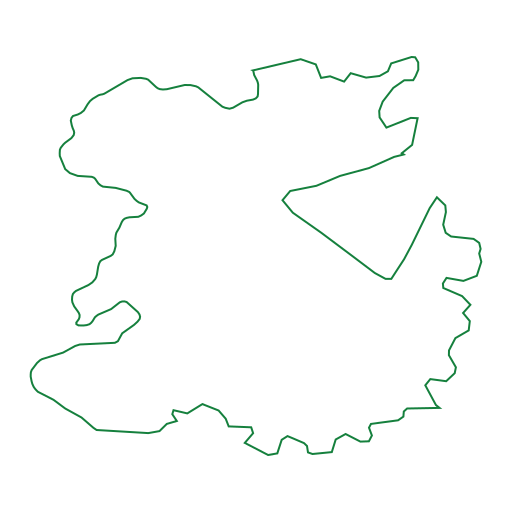 Shropshire, Robinson projection
{"feature_id": "GBR-2779", "entity_name": "Shropshire", "entity_type": "Unitary Single-Tier County", "adm_level": 1, "iso_a3": "GBR", "parent_name": "United Kingdom", "parent_adm1": "", "projection": "robinson", "projection_center": [-2.808, 52.647], "detail": "fine", "context": "isolated", "style": "outline", "palette": "green", "viewbox_px": 512, "rotation_deg": 0, "n_neighbors": 0, "source": "natural_earth", "source_scale": "10m", "svg_char_len": 3214}
<svg xmlns="http://www.w3.org/2000/svg" viewBox="0 0 512 512"><path d="M65.2,169.1L59.8,156.0L59.7,153.1L59.9,149.7L60.8,147.7L63.5,144.3L65.2,142.7L71.4,138.1L73.7,135.1L74.2,132.7L73.8,130.7L72.7,128.2L71.8,125.4L70.8,120.6L71.5,117.9L73.0,116.0L77.8,114.5L80.8,113.0L83.9,110.5L87.6,104.3L90.0,101.1L92.7,98.8L98.5,95.3L100.3,94.7L102.6,94.3L104.3,93.7L127.5,80.1L132.5,78.3L140.7,77.9L146.1,78.8L148.2,79.7L155.8,86.8L157.6,88.2L159.7,89.1L162.9,89.5L166.9,89.2L184.7,85.0L190.6,85.1L196.0,86.3L198.3,87.4L222.4,106.7L225.2,107.8L229.5,108.7L233.1,107.7L242.4,102.3L246.9,100.7L253.0,99.6L255.8,98.4L257.6,96.5L258.0,94.1L258.2,84.7L257.8,82.6L257.1,80.6L254.2,75.1L253.2,70.5L253.0,70.4L300.7,59.2L315.8,64.4L321.1,77.9L330.1,76.3L344.1,81.6L350.7,73.2L366.1,77.6L379.5,76.0L387.9,71.3L391.2,63.4L411.6,57.0L415.2,57.3L418.2,62.4L418.3,69.7L415.6,76.1L413.2,80.2L404.2,80.3L393.3,87.9L382.7,101.6L379.2,110.9L379.6,117.4L386.4,127.6L410.8,117.9L417.6,118.2L412.1,144.9L401.8,153.2L403.7,154.5L394.1,156.9L368.9,168.1L340.1,175.9L316.4,185.8L290.2,191.0L282.5,200.2L292.8,212.7L321.6,233.0L353.1,256.6L374.8,273.0L385.6,278.9L391.3,278.9L396.4,271.0L404.1,259.2L411.8,244.8L429.7,208.1L436.9,197.3L445.3,205.4L445.9,212.1L443.2,224.7L445.7,232.8L451.1,236.5L473.6,238.9L479.2,242.9L480.6,248.9L479.2,253.5L481.3,261.8L476.8,275.8L463.4,280.9L446.5,277.9L442.9,283.5L443.3,288.0L462.1,296.1L470.4,304.8L463.1,313.0L469.8,321.1L468.7,330.4L455.4,338.1L449.0,350.4L448.9,355.2L455.9,367.3L454.7,373.2L446.2,381.2L430.3,379.1L425.3,385.3L435.9,405.0L439.5,407.9L407.1,408.5L403.8,411.5L403.4,416.6L398.1,420.3L371.0,423.9L369.0,427.7L371.9,435.5L368.9,441.3L360.4,441.6L345.6,434.0L335.7,439.5L331.8,452.1L312.5,454.0L308.0,452.4L307.0,446.0L304.0,443.1L292.8,438.3L287.5,436.1L281.7,439.8L277.3,453.4L268.1,455.0L244.8,442.9L253.1,433.2L251.2,427.3L228.7,426.4L225.7,418.7L218.6,410.5L202.4,404.1L187.3,413.4L173.5,410.2L172.3,414.2L176.8,421.0L166.8,423.9L159.5,431.1L148.3,433.1L96.6,430.0L93.4,427.8L81.5,417.5L65.2,408.5L53.5,399.8L37.9,391.8L36.4,390.3L34.9,388.6L33.6,386.7L32.3,383.8L31.6,381.3L30.7,376.7L30.7,374.5L30.9,372.2L31.7,370.0L37.0,363.0L40.1,360.2L42.1,359.1L63.1,352.6L75.1,346.0L79.8,344.5L114.9,342.8L117.9,341.2L122.2,333.3L134.0,324.9L137.5,321.7L139.7,318.9L140.1,316.7L139.5,314.5L137.9,312.1L126.6,302.0L124.4,301.4L122.0,301.5L119.8,302.3L111.1,309.1L98.3,314.6L96.5,315.9L94.9,317.3L92.6,321.1L91.2,322.8L89.5,324.2L86.7,325.1L83.4,325.5L78.5,325.4L76.4,324.2L76.3,322.6L78.8,319.2L79.5,317.3L79.6,315.0L78.9,313.1L77.8,311.4L74.2,306.4L72.4,302.4L72.0,299.8L72.2,296.5L72.9,294.0L74.3,292.3L76.0,290.9L88.5,285.0L92.3,282.4L95.2,279.1L96.2,277.2L96.9,274.6L98.2,266.6L99.1,263.5L100.3,261.2L102.0,259.9L110.7,255.9L112.7,254.4L114.3,251.3L115.7,245.9L115.3,238.7L115.8,234.8L116.4,232.6L119.4,227.6L121.7,222.2L123.0,220.1L124.6,218.7L126.6,217.9L129.4,217.3L138.3,216.8L141.1,215.5L143.9,213.5L146.8,208.7L147.3,207.0L146.6,205.4L138.8,202.4L136.7,200.9L134.5,198.9L129.8,192.5L129.1,191.9L126.5,190.7L115.7,187.9L102.9,186.6L100.5,185.3L98.3,183.4L95.1,178.7L93.8,177.6L91.7,176.8L77.7,175.9L69.9,173.1L65.3,169.2L65.2,169.1Z" fill="none" stroke="#15803d" stroke-width="2"/></svg>